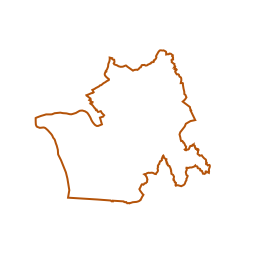 Musi Banyuasin, Sumatera Selatan, Indonesia (orthographic projection), rotated 198°
{"feature_id": "22746128B84212736337013", "entity_name": "Musi Banyuasin", "entity_type": "district", "adm_level": 2, "iso_a3": "IDN", "parent_name": "Indonesia", "parent_adm1": "Sumatera Selatan", "projection": "orthographic", "projection_center": [103.65, -2.496], "detail": "fine", "context": "isolated", "style": "outline", "palette": "amber", "viewbox_px": 256, "rotation_deg": 198, "n_neighbors": 0, "source": "geoboundaries", "source_scale": "gbopen_adm2", "svg_char_len": 5749}
<svg xmlns="http://www.w3.org/2000/svg" viewBox="0 0 256 256"><g transform="rotate(198 128 128)"><path d="M163.5,43.2L134.8,50.6L123.7,53.3L122.1,53.7L120.9,53.2L119.7,53.6L119.9,54.2L109.7,56.8L109.3,56.8L109.0,56.5L107.6,56.5L107.2,56.9L106.8,57.0L105.5,56.2L103.7,57.0L103.4,56.8L100.5,58.9L97.0,60.4L95.4,61.5L94.4,62.5L94.2,63.2L93.8,63.4L93.2,67.4L92.8,68.5L92.7,69.3L93.7,69.7L96.9,72.0L98.3,73.4L98.0,74.7L97.6,78.0L97.3,78.8L96.7,78.9L95.9,78.8L95.4,79.6L95.2,80.4L94.0,81.0L93.8,81.7L93.2,82.6L93.7,84.3L93.5,84.8L95.1,87.2L95.6,87.4L96.1,88.0L97.0,88.6L98.2,89.0L97.6,89.5L96.8,89.7L95.9,90.9L94.7,91.8L93.5,92.0L91.5,92.9L90.3,93.0L88.2,92.6L87.2,92.8L87.1,94.1L86.6,94.8L86.3,96.5L86.6,97.4L87.3,98.4L87.4,99.7L87.3,100.2L87.9,101.0L87.9,101.5L87.6,102.9L87.3,103.1L87.1,103.5L87.4,104.2L87.2,104.9L87.3,106.1L86.5,106.6L86.3,107.3L85.8,107.9L86.4,109.3L86.2,110.4L86.0,110.7L86.2,111.2L85.8,111.6L86.1,112.3L85.9,112.7L85.5,112.4L84.1,110.4L83.0,110.4L82.7,110.2L81.8,110.2L81.7,109.8L82.0,109.3L81.9,108.8L81.7,108.5L81.0,108.2L80.8,108.0L80.6,107.5L80.7,107.1L80.5,106.8L80.0,106.8L79.9,106.0L79.2,106.0L78.7,105.3L78.6,104.8L78.4,104.7L76.9,104.7L76.6,104.1L75.8,103.7L75.6,103.2L74.9,102.6L74.3,101.4L74.0,101.3L73.8,100.9L73.6,99.9L73.1,99.4L72.6,97.9L70.6,97.3L69.2,95.9L68.9,94.1L69.1,93.7L68.8,93.0L68.8,92.7L68.6,92.6L68.4,93.1L67.4,91.7L66.9,91.4L66.7,90.8L65.9,90.5L65.7,90.7L65.4,90.6L65.3,90.1L65.2,88.4L64.7,87.9L64.5,88.0L64.2,88.6L63.8,88.6L62.9,89.0L59.4,89.1L57.6,90.8L57.0,91.7L56.7,92.8L56.7,94.6L56.3,96.6L56.8,97.8L56.5,98.8L56.4,100.8L56.6,101.0L57.7,101.3L58.1,101.6L59.4,103.9L59.4,105.0L59.2,105.6L59.2,106.1L59.5,107.4L60.0,107.7L60.1,108.3L59.8,108.4L59.2,108.3L58.8,108.6L58.4,108.6L57.7,109.0L57.0,109.6L55.3,110.1L53.2,111.7L52.4,113.2L51.8,112.6L50.3,112.8L49.7,112.3L49.4,111.5L49.0,111.3L48.1,111.4L46.9,111.4L46.4,110.8L46.3,110.1L46.0,109.9L45.4,110.1L44.9,109.9L44.5,110.0L44.2,109.9L43.8,109.1L43.1,108.5L42.7,107.8L42.2,108.0L41.4,107.8L40.3,108.8L40.2,109.1L40.7,110.2L40.7,110.6L40.5,110.8L39.5,110.9L38.7,110.5L37.2,110.3L37.4,111.5L38.3,113.6L38.2,116.4L38.7,117.7L39.1,118.0L39.4,118.0L40.6,117.1L41.6,117.8L42.5,117.7L42.7,118.1L42.2,118.5L42.3,119.3L43.2,119.7L43.2,120.1L43.5,120.4L43.6,121.1L44.2,122.0L46.2,122.7L48.3,123.9L49.4,124.8L50.5,124.2L51.4,123.8L51.9,124.3L53.3,124.6L53.8,124.9L54.0,125.4L53.9,126.3L54.3,127.7L54.1,128.9L54.6,129.5L55.6,129.6L55.8,129.5L56.0,128.8L56.5,129.1L57.1,129.0L57.3,129.2L57.3,129.7L57.9,129.9L58.4,130.4L58.8,131.5L59.3,131.8L60.1,131.9L60.4,132.7L60.6,132.3L61.0,132.3L61.4,132.0L61.2,131.1L61.6,130.9L61.8,130.6L62.7,130.4L63.2,130.1L63.2,129.5L63.5,128.5L63.5,127.1L64.1,126.1L65.0,125.8L65.8,124.8L66.8,124.7L67.4,125.1L66.9,125.6L66.6,126.1L67.0,128.3L68.1,128.9L69.7,130.8L70.2,131.1L70.5,131.1L70.6,131.3L71.0,131.3L71.1,131.6L72.3,132.5L73.4,132.0L74.4,133.4L75.2,135.0L77.0,137.8L77.0,140.1L74.5,147.0L74.3,149.9L70.7,153.9L66.5,156.3L73.9,164.0L73.5,164.3L74.8,165.6L75.6,167.1L84.1,170.0L82.6,172.7L81.9,175.2L83.6,177.2L84.9,177.7L85.7,179.9L87.4,182.7L89.1,186.0L89.6,187.5L90.1,187.6L91.7,187.0L92.0,189.8L92.5,191.2L93.0,192.1L93.7,192.6L94.7,192.7L95.0,192.9L96.1,194.4L96.9,194.6L98.2,194.1L100.2,195.7L100.7,196.6L100.6,197.0L99.9,197.7L99.8,198.6L100.6,199.0L101.3,198.6L102.0,198.5L102.1,201.1L102.3,201.2L102.6,200.9L102.5,201.3L103.5,202.5L103.7,203.3L104.4,203.3L106.8,204.2L107.0,205.1L107.6,206.0L106.9,207.0L106.3,207.2L106.4,207.6L107.0,208.2L106.9,208.8L107.1,209.4L108.2,210.0L107.9,211.0L108.5,211.1L109.3,211.5L110.1,211.8L111.4,211.7L111.7,211.5L111.8,211.0L112.1,210.7L112.8,210.6L114.4,209.7L115.1,211.8L115.5,212.3L117.1,212.7L118.2,212.8L118.9,212.4L120.9,212.0L121.8,211.5L122.5,210.0L123.4,205.8L123.5,204.9L122.9,204.2L122.8,203.8L122.9,202.8L123.0,202.7L123.0,202.4L123.7,200.8L124.3,200.4L124.4,200.1L123.9,199.0L124.2,198.6L124.8,198.2L125.7,197.9L126.2,197.3L126.2,196.7L126.5,196.2L127.0,196.0L128.2,194.7L128.6,194.5L128.9,193.9L129.5,193.3L130.7,192.8L131.7,193.1L134.1,192.2L134.5,191.6L134.4,190.7L134.6,189.7L135.4,189.2L136.2,187.1L136.8,186.6L137.0,186.2L138.0,186.1L139.9,185.2L141.0,184.1L147.8,186.2L148.9,186.8L149.5,186.7L151.9,184.7L153.9,183.9L156.2,183.8L157.5,184.2L160.7,184.3L161.6,185.0L161.3,186.2L161.3,186.7L162.2,188.6L162.4,188.7L163.1,188.5L163.7,188.5L165.1,189.1L165.0,189.5L167.2,189.3L166.8,188.3L166.5,187.1L166.3,185.7L166.5,182.7L165.9,180.1L166.1,177.1L166.8,175.1L166.7,174.4L166.4,174.4L166.8,173.8L166.9,173.1L166.8,172.1L166.6,171.6L166.1,170.9L165.4,170.4L164.0,169.6L161.2,168.5L161.1,167.6L162.8,165.9L163.6,164.7L165.2,163.0L166.7,160.5L167.7,160.0L168.3,158.8L169.7,157.3L171.2,155.8L171.8,154.9L173.7,153.2L171.7,151.4L172.0,150.9L172.7,150.2L173.5,149.9L175.9,147.7L177.7,146.3L177.3,145.9L176.3,145.8L175.4,145.3L172.9,144.5L173.4,142.7L171.9,142.9L171.8,141.4L169.7,141.7L169.6,141.2L171.1,139.5L169.7,139.1L168.3,138.4L166.0,136.7L165.3,136.5L164.1,135.2L163.5,135.7L162.5,134.7L161.4,134.0L159.1,135.6L157.4,134.1L154.7,132.8L155.0,132.2L155.0,131.3L157.9,129.2L153.9,123.4L154.2,123.1L157.1,120.7L158.3,120.3L159.5,120.5L160.7,120.9L163.1,122.4L165.0,124.0L167.1,126.4L169.5,128.5L171.1,129.7L172.0,130.1L174.1,130.6L176.9,130.5L179.0,129.6L179.5,129.2L182.2,126.2L184.9,124.3L186.2,123.5L187.9,123.1L190.9,122.9L194.6,122.0L197.1,121.7L202.3,119.4L204.6,117.5L205.6,117.1L210.1,115.6L214.6,112.5L218.5,109.4L218.9,108.9L217.5,104.8L216.6,102.6L215.3,101.2L214.4,101.0L211.9,100.9L208.5,102.4L207.8,102.5L206.6,102.4L203.8,101.2L199.3,98.6L197.8,97.5L196.1,95.6L194.5,94.6L193.8,93.9L191.8,91.0L190.4,89.3L188.0,85.6L186.3,81.3L181.7,76.6L174.6,68.1L173.3,66.5L170.0,61.2L164.6,50.7L163.5,43.2Z" fill="none" stroke="#b45309" stroke-width="2"/></g></svg>